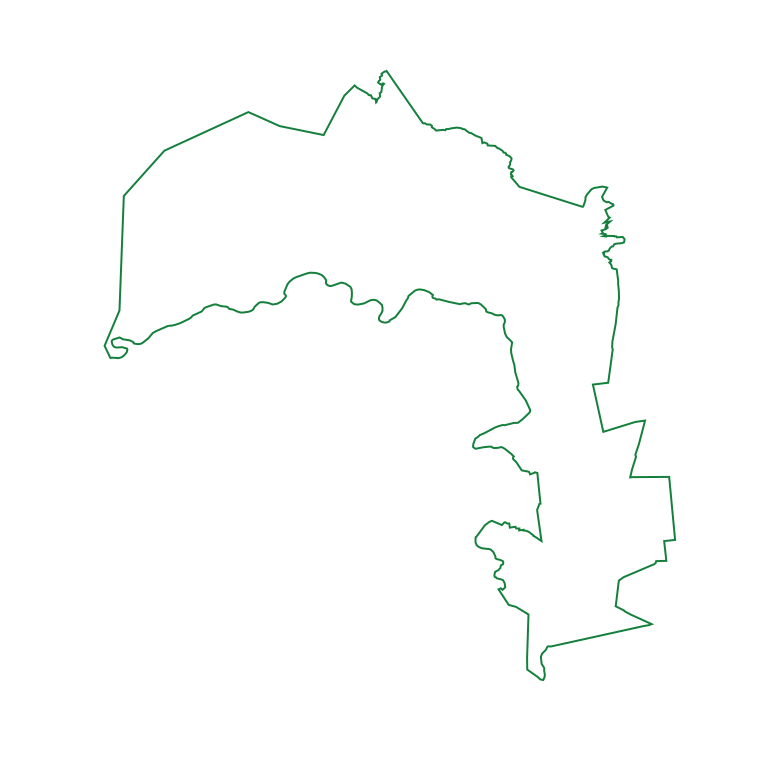 outline of Ruíz, Nayarit, Mexico, rotated 264°
{"feature_id": "50627088B68527106513110", "entity_name": "Ruíz", "entity_type": "district", "adm_level": 2, "iso_a3": "MEX", "parent_name": "Mexico", "parent_adm1": "Nayarit", "projection": "equal_earth", "projection_center": [-105.012, 22.017], "detail": "fine", "context": "isolated", "style": "outline", "palette": "green", "viewbox_px": 768, "rotation_deg": 264, "n_neighbors": 0, "source": "geoboundaries", "source_scale": "gbopen_adm2", "svg_char_len": 6116}
<svg xmlns="http://www.w3.org/2000/svg" viewBox="0 0 768 768"><g transform="rotate(264 384 384)"><path d="M438.6,116.6L437.5,122.4L438.0,125.8L439.6,128.5L441.1,130.2L442.7,131.6L445.0,132.4L446.0,132.2L448.0,127.4L448.2,121.7L449.0,119.7L450.5,118.5L452.1,117.9L454.2,117.7L455.5,117.8L456.6,119.3L457.9,125.9L456.5,128.1L455.9,128.5L454.1,135.4L453.1,137.3L451.7,139.2L450.6,139.3L450.1,140.6L449.3,143.5L449.4,146.3L450.2,148.3L454.0,154.3L458.9,159.4L460.6,163.4L464.3,175.1L464.3,179.6L464.6,182.2L465.9,188.0L469.3,197.3L470.3,199.1L472.0,200.8L475.2,210.3L478.3,213.3L478.9,214.9L480.8,223.1L480.7,225.3L478.5,230.1L477.4,235.3L477.0,236.3L474.8,238.1L473.7,241.9L471.5,245.5L470.2,248.5L469.8,251.0L470.0,256.8L470.6,259.4L471.3,261.0L472.3,262.1L474.4,263.5L477.8,268.1L478.2,269.7L478.0,272.4L476.8,277.2L474.7,281.7L475.0,286.3L476.9,290.9L480.3,294.9L481.5,295.6L482.4,295.6L484.3,294.3L486.3,294.6L493.0,298.3L494.9,299.9L496.3,301.7L498.4,305.0L499.5,308.1L502.0,318.8L502.4,322.4L501.6,327.4L500.8,329.9L499.0,333.3L496.5,335.6L493.1,337.4L491.0,336.8L489.8,337.0L488.2,338.1L487.0,340.6L487.1,342.5L489.3,352.0L488.7,354.1L487.7,356.4L484.2,360.7L481.5,361.7L478.0,361.6L474.7,361.2L469.5,359.8L467.0,362.1L466.3,363.4L465.7,366.4L466.2,372.5L468.5,378.7L468.9,380.9L468.7,383.3L467.8,385.5L465.0,388.4L462.8,390.2L460.0,390.5L456.8,390.1L454.7,388.9L452.2,386.8L450.3,385.9L448.6,385.8L447.5,386.3L446.0,388.3L445.0,391.0L444.9,392.7L445.6,395.9L446.8,396.5L449.4,402.4L457.8,410.3L464.8,414.9L466.5,416.5L469.0,417.6L473.7,424.7L474.3,427.4L474.3,429.6L473.2,433.7L470.7,438.5L467.4,441.9L466.3,441.3L464.9,441.4L464.3,442.0L463.6,444.0L462.4,445.1L462.6,446.9L462.3,448.0L458.9,457.1L455.4,468.0L455.8,469.7L455.9,473.3L454.4,476.0L454.3,477.2L455.2,479.2L454.8,485.7L454.2,487.0L452.9,488.8L447.8,493.1L445.4,493.3L444.4,494.9L442.7,499.3L441.7,500.4L440.4,503.9L440.4,507.4L439.8,508.7L438.0,509.9L435.4,510.9L433.0,510.7L430.3,509.2L428.5,509.0L421.4,509.7L418.1,510.9L412.1,515.8L405.0,513.9L401.3,513.8L394.1,514.7L389.5,515.6L381.8,515.8L370.9,517.8L368.5,517.3L367.3,516.1L364.5,516.4L363.2,517.5L352.8,523.3L343.1,526.6L341.4,526.4L340.1,525.4L334.3,517.9L331.4,513.1L331.7,509.1L330.4,499.7L330.8,497.7L330.1,493.6L329.2,490.1L324.6,478.7L323.1,473.8L321.8,472.3L320.1,469.1L315.1,466.6L312.2,466.0L310.9,467.1L310.0,468.4L310.7,475.9L310.7,481.6L310.5,484.2L309.4,485.4L308.8,486.8L308.6,490.7L309.0,493.8L308.7,494.9L307.0,497.3L301.0,503.4L298.3,505.5L297.5,504.7L295.8,504.6L292.6,507.3L283.7,512.0L281.8,518.3L281.1,519.3L278.9,519.8L280.0,524.4L280.4,524.8L279.5,527.2L248.6,527.1L248.5,526.0L242.7,523.1L211.3,524.2L216.6,517.9L217.2,516.8L217.6,516.9L221.6,512.8L222.7,511.0L223.1,510.1L224.0,506.7L224.4,507.0L224.3,503.1L226.1,503.5L226.5,500.4L228.3,499.8L228.0,494.1L232.2,494.0L232.3,492.0L233.9,490.0L233.6,489.1L231.4,486.5L236.6,477.1L236.0,474.7L233.0,469.6L222.4,459.9L222.1,459.2L220.9,458.9L217.5,458.5L216.0,458.7L214.2,459.2L212.9,460.3L211.6,461.9L210.3,464.6L208.9,471.1L208.2,472.8L205.6,475.1L200.9,476.8L198.9,476.7L198.0,477.9L197.2,480.5L195.5,483.6L194.0,484.0L192.3,483.5L191.5,481.4L188.8,480.4L187.0,478.4L185.5,474.8L182.3,473.8L181.2,473.8L180.3,474.3L179.8,475.4L178.9,476.0L177.4,480.2L176.3,482.0L173.2,483.2L169.2,483.3L168.4,482.4L166.9,480.4L168.6,478.8L167.8,476.5L151.3,484.9L148.6,491.9L139.7,503.6L96.8,497.7L85.0,496.6L76.7,506.1L74.6,507.9L73.5,509.4L73.0,511.4L75.6,513.0L77.9,513.6L82.1,513.3L84.3,513.7L86.6,512.9L89.1,511.5L96.0,511.5L99.1,512.8L102.8,517.3L105.3,518.8L106.0,519.8L105.5,522.5L116.2,617.3L116.4,621.9L117.2,625.1L128.8,605.4L132.8,599.5L133.4,599.4L138.7,591.2L163.9,597.0L166.8,602.0L176.6,634.1L177.8,635.6L179.4,636.2L178.6,646.3L198.5,646.2L198.5,657.2L261.8,657.9L265.4,621.4L265.4,619.1L273.0,621.7L285.1,627.0L287.4,626.6L297.5,631.2L320.3,639.8L320.0,630.1L313.5,597.1L361.6,591.7L361.8,607.1L394.5,615.1L396.7,614.7L402.4,615.6L419.5,620.7L435.6,624.2L438.0,625.5L440.6,625.6L443.8,626.6L452.3,627.3L459.5,627.3L461.4,627.7L473.7,627.4L474.8,624.1L475.4,623.0L478.9,622.5L481.3,620.8L482.3,622.7L483.8,623.0L483.9,621.8L484.6,620.9L486.6,619.7L487.6,617.7L487.5,617.2L488.2,616.6L490.4,615.9L490.5,616.4L491.0,616.5L491.8,615.8L492.7,617.5L492.5,620.0L493.3,621.7L495.1,622.6L496.8,624.6L496.9,626.1L499.0,627.7L499.3,629.5L499.2,635.4L499.8,637.5L501.6,638.1L502.9,638.4L505.3,636.7L505.5,631.0L506.5,630.5L506.6,628.9L507.1,628.6L508.0,621.2L507.4,620.5L508.1,617.7L508.8,620.3L509.9,620.1L510.7,616.4L511.1,617.6L513.9,616.4L514.8,620.6L516.0,622.8L517.5,622.6L515.9,620.5L518.9,621.5L522.0,625.9L521.4,620.0L525.9,625.9L526.9,624.5L534.0,622.3L537.4,630.8L538.1,630.9L538.9,630.6L539.5,629.2L541.6,626.5L541.5,624.4L543.5,621.6L547.3,620.4L556.0,626.5L557.5,622.0L557.0,613.6L556.0,610.7L551.3,605.8L548.7,603.9L546.1,603.6L542.6,602.1L539.6,600.6L539.5,599.8L565.9,539.3L576.4,532.1L576.7,532.2L577.1,533.6L578.2,533.2L578.9,532.1L581.1,532.6L581.2,533.2L581.6,533.2L581.8,534.3L582.9,535.2L583.9,534.7L585.3,531.5L585.9,530.7L586.9,530.6L588.4,532.0L589.8,532.5L591.5,532.6L592.4,533.5L594.0,534.2L595.2,534.4L597.0,533.1L598.8,530.5L599.1,529.6L600.5,529.4L601.3,528.7L601.7,527.1L603.6,526.2L606.5,522.5L606.7,521.5L609.2,519.5L610.4,512.1L612.2,511.9L613.8,509.0L613.3,507.0L618.5,506.6L621.5,500.8L624.4,497.0L625.0,494.9L628.9,490.8L629.3,488.8L630.5,487.2L631.4,483.1L631.2,477.5L630.8,474.9L631.0,472.5L630.0,471.6L630.6,469.1L630.6,462.3L632.5,460.7L634.3,458.4L635.9,458.6L637.3,456.8L637.6,453.9L639.0,451.9L639.3,449.9L695.0,419.3L694.6,418.7L694.7,417.2L692.8,413.9L691.0,414.4L689.6,411.9L686.9,412.1L685.9,410.6L684.6,409.6L684.0,410.0L681.9,412.5L681.8,412.9L683.0,413.8L682.9,415.0L682.5,415.4L681.4,414.1L679.5,413.0L674.7,411.9L673.6,410.1L670.9,410.3L669.9,409.8L667.9,407.3L665.3,406.1L664.9,405.6L668.4,405.4L669.1,402.7L669.5,402.2L672.5,401.2L672.7,399.7L673.1,398.9L674.6,398.0L681.4,388.3L684.0,386.0L674.9,374.7L637.9,350.0L651.4,307.2L668.6,277.5L639.0,190.0L598.2,144.9L484.7,128.6L451.2,110.1L438.5,114.6L438.6,116.6Z" fill="none" stroke="#15803d" stroke-width="2"/></g></svg>